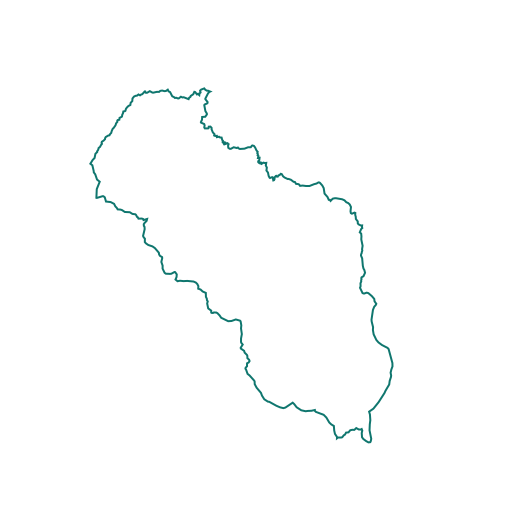 Thathom, Vientiane, Laos (Natural Earth projection), rotated 209°
{"feature_id": "54806243B97647332692488", "entity_name": "Thathom", "entity_type": "district", "adm_level": 2, "iso_a3": "LAO", "parent_name": "Laos", "parent_adm1": "Vientiane", "projection": "natural_earth1", "projection_center": [103.67, 18.993], "detail": "fine", "context": "isolated", "style": "outline", "palette": "teal", "viewbox_px": 512, "rotation_deg": 209, "n_neighbors": 0, "source": "geoboundaries", "source_scale": "gbopen_adm2", "svg_char_len": 6121}
<svg xmlns="http://www.w3.org/2000/svg" viewBox="0 0 512 512"><g transform="rotate(209 256 256)"><path d="M176.6,332.0L177.3,332.6L178.0,334.2L179.1,333.5L181.7,333.4L182.8,333.9L183.8,335.6L186.6,336.8L187.8,338.7L189.2,340.1L190.0,341.8L190.9,341.7L192.6,339.5L193.8,339.5L195.0,340.9L196.7,344.9L199.0,346.5L201.0,347.0L203.1,346.8L205.6,347.6L208.1,347.4L214.1,345.3L215.4,344.5L216.7,343.3L217.5,340.3L218.6,340.9L219.6,340.4L222.1,342.3L226.3,343.8L229.7,348.2L232.2,349.8L235.6,351.0L236.7,350.9L237.2,350.4L238.2,348.7L240.0,347.0L243.2,343.1L246.1,341.5L249.4,340.2L251.5,338.7L252.8,339.4L254.2,339.3L255.9,338.5L257.9,339.6L259.1,339.1L262.4,339.6L264.9,339.2L265.6,338.7L269.0,338.5L270.9,338.8L273.2,340.1L274.2,339.9L274.6,338.1L275.4,337.5L275.5,336.0L275.9,336.0L276.5,335.5L277.2,335.9L277.4,335.7L277.9,333.6L277.1,332.4L277.0,331.1L277.5,330.5L279.6,332.9L280.1,332.8L281.6,331.0L282.2,331.1L283.8,332.2L286.0,334.8L288.3,335.8L289.4,338.6L291.3,339.9L292.2,342.4L293.3,341.6L294.7,341.3L295.9,339.1L296.4,339.2L296.8,340.2L298.0,339.9L297.4,339.4L297.6,338.9L298.8,338.9L299.7,339.3L300.0,340.0L299.6,341.4L300.5,343.6L301.8,342.7L302.3,344.6L303.4,344.8L303.7,346.0L304.8,346.6L305.0,347.9L306.8,348.6L309.4,350.5L311.2,351.3L312.8,350.9L313.1,350.4L313.3,348.6L315.6,347.3L318.1,344.3L322.0,341.8L323.4,341.7L324.4,342.1L325.2,341.1L328.2,340.3L330.0,337.5L331.1,337.0L332.7,337.2L333.9,338.9L334.2,340.5L335.0,340.5L335.6,340.9L336.1,340.7L336.5,339.7L337.9,338.2L338.1,338.3L337.9,339.0L338.2,340.3L338.7,340.2L339.1,339.1L340.2,339.2L340.5,339.5L340.7,340.7L341.8,341.1L343.5,342.9L345.0,342.2L346.1,342.4L347.8,341.0L348.5,342.1L349.9,341.2L351.0,341.1L351.3,342.4L353.7,343.2L356.3,345.3L356.9,346.5L358.6,347.1L360.0,346.2L359.5,344.9L359.7,344.4L362.6,342.8L363.6,343.4L364.3,345.4L365.3,346.3L368.7,346.0L369.1,346.3L369.3,349.0L370.5,351.5L367.9,353.2L367.6,356.0L368.1,356.8L370.5,358.2L374.4,362.9L374.3,363.7L372.8,365.6L372.6,366.4L373.0,367.2L376.3,368.6L376.6,369.1L376.8,375.1L376.3,376.9L375.8,377.6L378.2,377.3L378.9,376.8L380.9,376.8L382.5,377.5L384.6,375.0L385.0,373.9L385.0,373.3L383.8,372.3L383.8,371.7L384.3,371.0L383.6,369.2L385.5,369.6L386.0,368.7L388.6,369.9L389.5,369.7L389.3,367.0L390.7,364.4L390.5,363.3L391.2,362.0L391.0,360.5L396.2,359.8L397.2,359.0L398.9,358.9L399.9,356.5L400.5,356.0L402.6,355.7L403.5,354.9L404.7,355.2L406.7,355.1L410.6,357.7L412.2,357.6L413.8,358.7L414.8,356.6L416.0,355.8L418.3,355.2L419.8,354.0L420.3,352.6L422.3,351.5L425.1,349.0L425.9,348.7L428.8,348.7L430.3,346.1L431.3,345.4L431.9,345.4L432.7,346.2L433.1,346.0L433.9,342.4L434.7,341.6L435.3,340.3L437.1,340.3L437.8,338.6L439.0,337.7L440.0,336.3L440.4,333.9L439.3,331.5L439.9,329.2L439.1,327.1L440.3,325.4L440.9,323.3L441.1,321.6L440.6,319.7L440.8,319.2L442.1,318.1L441.5,316.2L441.5,314.8L440.9,313.2L440.9,312.7L442.3,310.7L441.6,308.9L442.9,307.8L442.9,307.0L442.3,306.1L442.7,304.1L442.3,302.8L442.3,301.6L442.6,298.9L443.0,297.9L442.8,295.4L442.3,293.4L442.7,292.1L442.7,290.5L443.6,289.8L445.1,287.2L445.1,285.9L444.7,285.0L445.2,283.1L446.2,281.2L445.9,280.0L445.1,279.4L445.4,277.7L445.3,275.9L446.0,274.2L445.5,272.3L445.7,270.5L445.3,269.9L446.0,267.6L444.7,263.4L445.4,260.9L445.6,256.4L443.1,256.0L439.2,251.7L438.4,250.5L436.2,249.5L432.1,245.8L428.7,245.2L427.7,237.3L423.8,229.5L423.4,229.6L419.2,233.9L418.4,234.3L416.7,234.0L413.6,230.9L409.3,232.7L405.4,232.8L403.1,231.2L401.1,230.6L399.6,229.7L397.0,230.9L395.4,231.2L392.1,230.9L387.6,233.1L384.5,232.9L381.7,234.0L380.7,233.7L379.0,232.5L378.3,232.6L376.9,231.7L374.0,233.4L372.6,233.6L371.8,232.9L369.2,235.6L368.7,233.7L369.5,230.8L369.6,229.4L368.7,228.0L367.6,227.4L366.4,225.5L364.5,218.8L363.3,217.9L361.6,217.3L360.0,214.3L358.4,213.7L355.6,213.4L351.2,214.2L348.3,213.9L342.6,211.8L341.6,210.5L340.2,209.6L337.6,209.5L337.0,208.7L335.9,204.9L333.0,202.3L331.6,199.7L327.8,197.0L326.3,196.8L322.7,198.6L321.5,199.4L319.5,202.5L318.9,202.7L316.4,201.5L315.3,199.1L315.0,196.4L312.4,195.9L310.5,197.5L307.2,198.9L304.0,200.9L298.2,203.4L295.7,203.6L293.7,203.0L291.8,201.7L290.7,199.4L288.2,199.8L285.5,199.1L282.0,199.4L280.0,196.0L278.3,194.8L277.5,193.6L276.2,192.9L275.7,190.8L272.4,187.0L268.7,186.5L267.8,184.9L267.4,184.7L266.0,185.3L265.5,186.2L263.3,187.3L262.0,187.3L259.1,186.4L256.5,185.1L248.7,185.5L245.9,187.3L242.9,190.7L238.6,191.7L237.8,191.4L235.2,188.2L234.0,185.4L230.5,180.8L229.1,176.6L227.5,173.7L226.9,173.0L224.7,172.1L224.9,168.3L224.4,167.7L220.4,167.3L219.1,166.0L216.0,165.1L215.2,164.5L214.0,162.5L211.7,161.9L210.7,161.0L210.8,159.3L211.8,157.8L210.4,155.2L210.9,153.3L210.6,152.3L209.6,151.8L206.2,148.8L203.7,148.4L197.1,146.1L196.4,145.6L195.0,143.3L191.6,141.1L185.3,138.7L183.1,136.8L179.3,134.7L175.0,134.4L173.7,134.9L165.5,134.9L161.6,135.3L158.3,136.2L156.8,137.7L152.8,145.5L150.8,145.0L147.1,143.4L141.6,143.0L137.3,144.3L135.6,145.6L132.5,147.5L129.9,149.8L129.5,149.1L128.0,148.7L119.8,149.9L116.1,148.8L111.2,145.9L108.5,145.2L105.5,145.1L103.0,141.3L100.7,138.7L97.4,137.0L96.8,135.8L96.3,137.0L93.5,138.5L92.7,139.3L92.3,141.8L91.6,142.9L91.6,145.2L89.6,146.6L89.1,149.3L87.5,150.7L85.7,151.6L84.9,154.1L82.0,154.1L80.3,155.0L79.7,155.9L78.4,154.8L77.7,152.4L75.4,148.9L73.5,148.0L69.9,147.5L67.3,147.5L66.7,147.9L65.8,148.6L65.9,149.9L66.6,152.0L72.2,158.6L74.9,164.0L76.4,167.8L79.5,172.6L81.6,174.7L79.3,179.4L77.9,187.6L77.2,198.4L77.4,200.9L77.2,208.2L78.5,211.5L79.3,215.6L79.8,216.9L81.7,219.2L82.6,222.4L83.1,225.6L84.8,228.5L94.9,238.9L96.4,239.4L102.6,239.2L107.0,239.8L110.0,240.9L115.1,244.5L117.9,248.0L119.1,250.5L123.0,254.7L124.1,256.3L127.6,265.6L128.0,269.0L127.5,271.0L127.6,272.5L130.3,273.8L131.8,275.8L135.3,277.1L139.7,278.0L141.4,277.6L143.3,275.5L144.8,275.2L149.6,278.6L149.9,280.3L151.4,282.8L151.6,284.7L152.3,285.8L152.5,287.0L153.2,287.7L153.3,288.6L152.2,290.4L152.5,294.2L154.5,296.3L155.9,297.1L157.8,299.2L162.0,305.4L164.4,307.3L164.9,308.5L165.0,309.9L165.4,310.7L165.6,312.2L166.5,313.3L167.7,316.6L172.0,321.6L173.3,324.3L174.9,326.6L176.7,327.0L177.1,330.6L176.6,332.0Z" fill="none" stroke="#0f766e" stroke-width="2"/></g></svg>